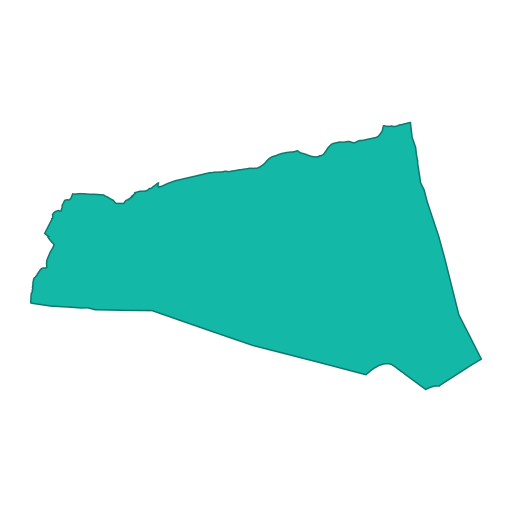 Xalatlaco, México, Mexico (Natural Earth projection)
{"feature_id": "50627088B62914317487686", "entity_name": "Xalatlaco", "entity_type": "district", "adm_level": 2, "iso_a3": "MEX", "parent_name": "Mexico", "parent_adm1": "México", "projection": "natural_earth1", "projection_center": [-99.395, 19.166], "detail": "fine", "context": "isolated", "style": "filled", "palette": "teal", "viewbox_px": 512, "rotation_deg": 0, "n_neighbors": 0, "source": "geoboundaries", "source_scale": "gbopen_adm2", "svg_char_len": 5786}
<svg xmlns="http://www.w3.org/2000/svg" viewBox="0 0 512 512"><path d="M410.4,122.5L409.6,122.7L408.4,122.9L406.5,123.4L404.5,123.8L402.8,124.4L401.2,124.7L400.1,124.8L399.0,125.1L398.5,125.3L397.5,125.9L396.0,126.3L394.3,126.5L392.9,126.5L391.6,125.9L390.8,126.3L389.9,126.3L387.7,126.4L385.7,126.2L384.5,125.8L384.0,125.7L383.5,125.8L383.4,126.1L383.2,126.8L382.8,128.5L382.4,130.5L381.3,132.4L380.0,134.2L378.2,136.4L376.0,137.5L374.2,137.9L371.9,138.4L368.0,139.2L363.7,140.2L361.4,140.5L360.0,140.5L358.3,140.9L356.9,141.7L355.3,142.5L353.2,142.8L351.7,142.3L350.1,141.7L348.6,141.4L346.6,141.7L344.5,142.1L342.8,142.2L339.7,142.0L336.7,142.7L334.1,143.3L332.5,143.7L331.2,144.6L329.7,146.0L327.9,147.9L325.3,151.9L323.7,154.1L322.7,155.0L321.7,155.4L320.6,155.7L320.0,155.7L319.6,155.7L318.6,156.5L317.3,156.9L315.2,156.9L313.3,156.7L311.5,156.4L309.7,155.8L308.0,155.2L305.8,154.3L303.4,153.6L300.7,152.9L299.0,151.9L297.4,150.7L295.0,151.5L293.2,151.9L292.4,152.0L291.5,152.0L289.9,152.1L288.9,152.3L287.9,152.4L286.4,152.5L285.6,152.7L284.9,152.9L283.2,153.2L281.8,153.5L280.9,153.8L279.8,154.2L278.7,154.4L277.9,154.8L277.0,155.2L276.2,155.6L274.9,155.9L274.0,156.1L273.1,156.5L272.2,156.8L271.1,157.4L270.0,158.0L268.9,158.9L267.7,159.9L266.6,161.1L266.0,161.9L265.3,162.8L264.7,163.4L264.0,163.9L263.5,164.5L262.7,165.0L262.1,165.5L261.1,166.1L259.9,166.9L259.2,167.2L258.2,167.7L256.7,168.4L256.1,168.2L255.2,168.2L254.4,168.3L253.4,168.4L252.7,168.4L252.0,168.3L251.2,168.3L250.2,168.4L249.5,168.2L248.6,168.5L246.9,168.8L245.8,169.0L244.7,169.1L243.7,169.2L242.8,169.4L241.8,169.6L240.8,169.7L239.9,169.7L238.7,169.9L237.5,170.1L236.6,170.3L235.6,170.6L234.6,170.7L233.3,170.9L232.5,171.0L231.9,171.0L231.0,171.3L229.9,171.6L228.7,171.6L227.6,171.5L226.7,171.4L225.9,171.3L225.1,171.2L224.3,171.4L223.6,171.6L222.8,171.8L221.8,171.9L220.5,172.0L218.7,172.1L217.0,172.2L216.5,172.2L215.6,172.1L212.2,172.6L210.6,172.7L209.6,172.7L208.7,173.0L206.8,173.4L175.8,180.6L173.5,181.4L171.5,182.1L169.0,183.0L167.2,183.7L164.5,185.0L162.2,186.1L159.6,186.8L158.6,187.1L158.5,186.8L158.2,186.3L158.0,185.7L158.1,184.2L158.5,183.0L158.3,183.0L157.9,183.1L156.3,184.3L154.6,185.7L154.3,185.9L153.8,186.2L153.6,186.4L152.6,187.1L151.8,187.9L151.5,188.3L151.2,188.4L150.2,188.4L149.6,188.5L149.1,188.8L148.8,189.1L148.7,189.2L148.5,189.4L148.3,189.6L148.1,189.9L147.9,190.1L147.7,190.2L147.4,190.3L147.1,190.4L146.8,190.5L146.7,190.6L146.2,190.7L146.0,190.8L145.9,190.9L145.8,191.1L144.5,191.1L143.1,191.2L142.8,191.2L142.7,191.2L141.6,191.2L141.3,191.2L141.1,191.3L140.5,191.3L140.2,191.3L139.4,191.3L138.6,191.6L137.6,192.0L136.9,192.1L135.9,192.4L134.9,192.7L134.7,192.8L134.5,193.4L134.3,193.9L134.5,193.9L133.8,194.7L133.3,195.1L132.7,195.6L132.1,196.0L132.8,196.2L132.7,196.4L132.4,196.8L132.1,197.0L131.7,197.2L131.4,197.3L131.2,197.6L130.9,197.6L130.7,197.6L130.4,197.8L130.1,198.4L129.7,198.6L129.2,198.9L128.8,199.2L128.4,199.2L128.4,199.7L127.6,199.9L126.6,200.1L126.2,200.3L125.8,200.6L125.6,200.8L125.2,201.3L124.4,202.4L123.9,203.4L122.6,203.4L120.3,203.4L117.5,203.4L117.0,203.4L116.0,203.4L115.1,202.6L113.9,201.1L113.0,200.1L112.7,200.0L111.8,199.6L110.7,199.0L109.5,198.3L108.3,197.5L106.6,196.6L105.4,196.1L104.9,195.9L104.1,195.3L103.7,195.0L101.8,194.8L100.7,194.8L99.8,194.7L99.2,194.6L96.6,194.4L94.6,194.3L91.2,194.3L90.0,194.3L89.2,194.2L85.3,193.9L83.4,193.8L81.5,193.7L79.4,193.7L78.2,193.8L75.1,194.1L74.0,194.1L73.5,194.1L72.7,193.9L72.1,195.3L71.7,196.5L71.3,197.4L70.7,198.5L70.2,199.1L69.2,199.8L68.5,200.0L67.8,199.9L67.1,199.7L65.7,200.1L64.7,200.4L64.1,201.6L63.4,203.1L62.7,204.5L62.2,205.2L62.1,206.4L62.2,207.2L61.9,208.2L61.3,209.3L61.5,210.2L61.5,210.8L59.4,211.1L58.9,210.7L58.7,210.5L56.3,211.2L55.7,211.4L54.2,212.5L53.4,213.3L52.9,214.0L52.5,214.7L52.8,216.1L52.6,218.2L51.8,218.6L51.7,219.5L51.6,219.9L44.7,233.4L45.3,234.0L45.6,234.3L46.4,234.8L46.5,234.9L46.6,235.1L46.9,235.3L47.0,235.4L47.7,235.9L48.1,236.2L48.4,236.4L48.6,236.5L48.3,236.7L48.1,236.8L47.9,237.0L48.2,237.4L49.2,238.9L49.2,239.0L49.5,239.4L50.8,240.9L52.0,242.4L52.2,242.5L54.0,244.4L54.2,244.6L54.0,245.0L52.7,247.9L51.9,249.3L50.8,251.1L49.9,252.9L48.9,255.3L48.7,255.7L47.7,258.2L46.7,260.9L46.7,261.3L46.6,262.7L46.6,264.3L46.7,265.8L46.8,266.8L46.7,267.2L46.6,267.6L46.3,267.8L45.8,268.0L45.2,268.0L44.1,268.0L43.4,268.0L42.6,268.1L41.8,268.5L41.4,268.7L40.4,269.7L40.0,270.2L39.7,270.9L39.0,271.7L37.4,274.0L37.1,274.9L35.1,277.4L34.4,277.8L33.9,278.6L33.6,279.4L33.4,280.6L33.0,282.4L32.9,284.0L33.0,285.0L32.9,285.4L32.8,285.6L32.7,285.8L32.7,286.0L32.8,286.2L32.9,286.4L32.8,286.6L32.6,286.9L32.4,287.3L32.5,287.5L32.8,288.1L32.9,288.3L32.6,288.8L32.5,289.4L32.4,289.6L32.3,289.9L32.2,290.1L32.3,290.3L32.4,290.9L32.3,291.1L32.3,291.4L32.1,292.2L31.8,292.9L31.4,293.3L31.2,294.3L31.2,295.0L31.0,295.8L31.0,296.7L31.0,297.7L30.8,298.8L30.8,299.5L30.9,300.3L30.7,301.4L30.7,302.2L30.8,302.9L32.2,303.3L51.1,306.1L67.7,307.0L81.1,308.0L87.9,307.8L94.9,309.7L128.4,310.4L152.1,310.6L181.8,321.0L210.0,330.8L232.0,338.3L252.7,345.4L270.5,350.0L286.3,354.0L303.0,358.3L319.9,362.6L340.4,368.0L360.9,373.4L365.9,374.7L371.3,370.2L373.1,368.9L374.4,368.0L376.0,367.2L377.3,366.4L378.7,365.6L381.1,364.8L383.0,364.1L384.9,363.8L386.8,363.7L388.6,363.7L390.2,364.1L391.4,364.4L393.3,365.6L395.6,367.1L397.1,368.3L398.6,369.5L401.2,371.5L402.5,372.2L403.7,373.2L405.7,374.8L411.1,378.7L425.7,389.5L426.5,389.1L427.7,388.5L429.3,387.8L431.0,387.1L433.0,386.5L434.3,386.2L436.1,386.0L439.5,386.0L440.0,385.2L464.8,369.3L472.2,364.5L481.3,359.1L471.5,339.7L458.8,314.7L444.9,259.0L438.7,236.4L427.1,201.5L424.2,190.1L420.6,182.8L419.4,174.5L417.7,164.0L417.6,160.7L416.3,154.0L415.7,147.7L412.1,137.2L410.4,122.5Z" fill="#14b8a6" stroke="#0f766e" stroke-width="1.5"/></svg>